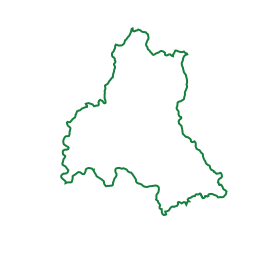 Botumirim, Minas Gerais, Brazil, rotated 163°
{"feature_id": "56859067B82959526320551", "entity_name": "Botumirim", "entity_type": "district", "adm_level": 2, "iso_a3": "BRA", "parent_name": "Brazil", "parent_adm1": "Minas Gerais", "projection": "mercator", "projection_center": [-43.005, -16.951], "detail": "fine", "context": "isolated", "style": "outline", "palette": "green", "viewbox_px": 256, "rotation_deg": 163, "n_neighbors": 0, "source": "geoboundaries", "source_scale": "gbopen_adm2", "svg_char_len": 5705}
<svg xmlns="http://www.w3.org/2000/svg" viewBox="0 0 256 256"><g transform="rotate(163 128 128)"><path d="M94.5,221.9L95.5,221.7L96.1,220.9L96.5,219.8L97.2,218.8L99.2,216.5L100.2,215.6L101.6,214.9L103.9,213.1L105.2,212.7L106.6,210.4L107.5,209.7L108.7,209.1L110.2,208.8L111.4,209.3L112.8,209.5L114.1,210.6L115.3,211.3L116.2,210.3L116.7,208.9L117.3,207.8L118.3,207.0L118.9,205.9L121.4,204.2L121.9,202.9L122.1,201.7L121.8,200.5L120.8,199.5L120.4,198.1L120.8,196.9L120.5,195.3L121.2,194.3L122.4,193.6L122.9,192.6L122.5,191.0L122.8,189.5L124.1,187.8L124.7,186.5L125.5,185.2L126.3,184.1L127.2,182.4L127.6,181.0L128.6,180.7L129.5,180.2L130.4,179.4L132.2,178.3L132.9,177.7L133.7,176.8L134.8,176.1L136.3,175.7L137.6,175.3L138.1,172.2L139.6,170.1L139.7,168.8L140.6,166.7L141.7,163.2L141.6,161.8L141.7,159.9L142.2,158.6L143.2,158.5L144.0,159.3L144.2,160.3L144.6,161.6L145.6,162.1L146.3,163.0L147.4,162.7L148.2,161.9L148.8,161.0L148.9,159.3L149.5,158.4L150.6,158.3L151.6,158.7L154.1,158.7L155.0,160.9L155.9,161.5L158.1,163.2L159.7,163.5L161.3,163.5L161.2,162.3L160.6,161.2L161.0,160.2L162.3,160.3L163.5,160.3L165.0,160.2L166.1,160.1L168.9,158.9L170.5,159.1L171.9,158.8L173.5,156.6L174.4,155.8L174.8,154.6L175.7,153.6L176.9,153.2L178.3,152.7L181.6,150.5L182.8,150.8L184.1,151.5L185.0,150.7L185.0,149.0L184.7,147.6L183.4,145.7L183.1,144.7L184.1,142.6L184.9,141.6L185.8,138.9L186.9,137.6L189.9,138.2L191.2,137.7L193.1,135.6L193.7,134.6L194.1,132.8L194.1,131.1L192.1,128.6L191.0,127.6L190.6,126.3L191.4,125.3L192.9,125.2L193.9,125.6L195.0,125.7L196.6,125.4L197.4,124.2L197.8,121.8L196.2,119.5L197.2,118.1L198.5,117.3L199.1,116.5L200.2,114.4L201.2,113.3L201.3,111.9L200.3,110.8L199.4,109.9L198.8,108.9L198.0,106.4L197.4,105.1L198.1,103.9L198.9,103.1L199.9,102.7L201.4,102.7L202.7,103.2L204.0,103.0L205.5,102.2L206.2,100.9L206.0,99.5L204.3,96.8L203.6,95.9L203.3,94.9L203.9,93.5L202.4,93.7L201.1,93.5L198.5,92.7L197.6,92.9L196.3,94.8L195.6,96.2L195.1,98.0L194.1,98.5L192.0,99.0L189.2,100.1L188.1,100.3L186.7,99.6L185.0,97.3L183.6,96.8L182.7,97.3L181.1,99.3L180.5,100.6L179.7,101.1L178.0,101.3L177.0,101.2L176.0,100.6L174.4,99.8L173.8,98.4L172.8,98.2L173.4,96.8L172.2,92.2L172.2,91.2L171.3,90.0L170.1,88.8L169.2,87.6L168.2,86.5L167.7,85.6L166.7,84.2L167.1,81.6L166.6,79.9L166.0,78.7L164.9,78.7L162.9,78.1L161.6,78.0L160.5,77.6L159.3,77.9L158.5,79.3L158.2,80.3L157.3,81.3L156.6,82.5L155.7,83.6L154.1,84.7L152.9,85.9L152.4,87.4L152.8,89.1L152.7,90.3L152.5,91.4L151.9,92.3L150.9,92.8L149.5,92.7L148.2,92.5L145.7,90.8L144.4,90.9L143.4,90.3L142.3,89.4L141.3,88.4L140.9,86.9L140.3,86.0L139.4,85.1L138.3,84.6L137.5,83.4L137.1,82.2L136.8,80.9L136.3,79.6L136.1,78.6L135.5,76.6L135.9,74.4L135.4,73.0L134.1,71.8L132.8,71.1L132.0,70.4L131.3,69.7L130.7,68.5L129.6,67.2L127.1,66.0L124.5,66.0L122.1,65.5L118.6,65.0L117.3,64.4L116.3,63.2L116.0,62.0L116.3,60.5L117.6,57.9L118.3,57.2L120.0,56.0L120.7,55.0L121.3,52.4L122.1,51.4L121.3,50.2L120.7,49.3L120.9,48.1L120.0,45.8L119.9,44.5L120.9,43.4L121.2,41.9L120.5,41.0L119.5,40.6L120.3,37.4L120.2,35.7L119.2,34.3L117.8,34.1L116.8,34.2L116.9,35.5L116.8,37.2L115.4,36.9L113.3,37.2L112.2,37.9L111.4,38.7L110.5,39.3L109.4,39.8L107.9,39.8L107.1,39.1L106.1,39.3L104.9,39.2L103.9,39.3L102.9,40.0L102.3,40.7L102.1,42.2L101.1,42.4L99.8,41.5L98.7,40.2L96.4,40.8L95.1,40.2L94.7,37.6L93.9,38.5L93.3,39.6L92.3,40.2L91.1,40.0L91.8,41.1L91.8,42.2L90.6,43.0L89.3,43.0L87.8,43.1L86.4,43.7L85.0,43.6L83.9,43.3L82.8,44.5L81.4,44.5L80.5,43.9L79.5,43.9L78.3,44.3L77.5,43.2L77.9,42.1L77.1,41.0L77.5,40.1L77.0,39.0L75.5,38.9L74.6,39.4L74.2,40.3L73.1,40.1L72.2,39.3L71.0,39.4L70.6,40.7L69.7,41.0L68.3,40.8L66.8,40.3L64.9,38.6L63.9,38.0L62.9,37.0L62.2,35.4L61.2,35.1L60.0,35.0L58.8,34.4L57.5,34.2L56.5,34.3L55.2,35.2L54.2,35.7L53.3,36.5L53.0,37.4L52.3,38.6L53.2,40.1L54.4,41.3L54.8,42.6L54.7,43.6L55.1,44.7L55.2,45.8L55.8,46.7L56.7,46.5L57.6,47.2L57.3,48.6L57.9,49.6L56.8,51.7L55.9,52.4L54.8,52.9L53.2,53.2L52.3,54.3L52.0,56.3L52.2,57.4L52.9,58.2L54.2,58.0L56.8,58.4L57.6,60.0L58.6,60.8L58.6,61.9L60.6,63.7L61.0,65.1L61.1,66.2L60.9,67.4L61.3,68.5L62.3,69.1L63.7,71.3L63.9,73.9L64.3,75.1L64.6,77.8L64.6,78.9L64.3,79.9L64.2,81.5L65.0,82.6L65.6,84.0L65.9,85.5L66.6,86.3L67.5,87.0L68.5,88.1L68.7,90.7L68.1,92.1L67.8,93.3L67.7,94.4L68.3,95.8L69.9,95.6L71.1,96.0L71.7,96.7L71.4,98.1L71.6,99.4L72.5,100.4L73.4,101.7L74.9,102.3L75.7,103.4L76.6,105.2L77.3,106.3L76.5,111.2L76.4,112.8L76.2,114.2L77.9,117.4L77.7,118.5L77.6,119.7L76.5,120.8L75.2,121.2L74.1,121.9L74.1,123.1L75.1,123.7L75.6,124.8L75.7,126.2L75.1,127.9L74.8,129.3L75.2,130.3L75.8,131.6L75.6,133.2L74.4,134.5L73.9,136.0L73.2,137.6L72.1,138.3L71.0,138.3L69.6,138.1L68.4,138.6L67.2,138.8L65.9,139.5L64.9,141.6L64.2,142.5L63.6,143.5L63.5,144.6L63.0,145.7L62.1,146.8L61.2,147.7L60.7,148.6L59.8,149.4L59.3,150.8L59.3,152.5L58.3,154.0L57.8,155.4L57.5,157.1L57.3,159.0L57.3,160.5L57.1,161.6L57.4,162.5L58.2,164.9L58.2,166.0L58.0,167.1L58.1,168.2L57.8,169.5L58.1,171.0L57.9,173.7L57.1,175.2L56.3,175.9L55.7,176.7L55.2,178.1L53.6,180.0L52.6,180.7L51.3,181.0L49.8,181.1L50.0,182.1L50.9,182.7L51.6,183.4L52.2,184.8L53.8,184.7L55.1,185.1L56.4,185.8L57.4,186.5L59.1,187.9L60.2,188.2L61.3,186.9L62.5,185.7L63.6,184.9L63.9,183.5L65.1,184.3L65.8,185.4L66.4,186.2L67.5,186.4L68.8,186.1L70.0,186.1L71.1,187.1L71.0,188.2L70.7,189.2L71.5,190.4L72.6,191.4L73.8,192.0L75.1,191.8L76.4,191.3L77.5,191.2L79.6,191.1L81.0,190.6L82.4,190.5L83.1,191.2L83.3,192.3L84.0,193.5L85.0,196.1L85.9,197.5L86.0,198.6L85.8,199.7L86.4,201.1L86.4,202.5L85.8,203.5L83.7,206.2L82.6,207.0L82.0,208.4L81.6,211.8L82.5,213.0L83.1,214.4L85.7,215.5L86.7,216.3L87.4,217.5L88.4,218.4L89.5,219.2L90.8,218.6L91.9,218.9L92.8,218.6L93.9,218.6L94.8,219.4L94.5,221.9Z" fill="none" stroke="#15803d" stroke-width="2"/></g></svg>